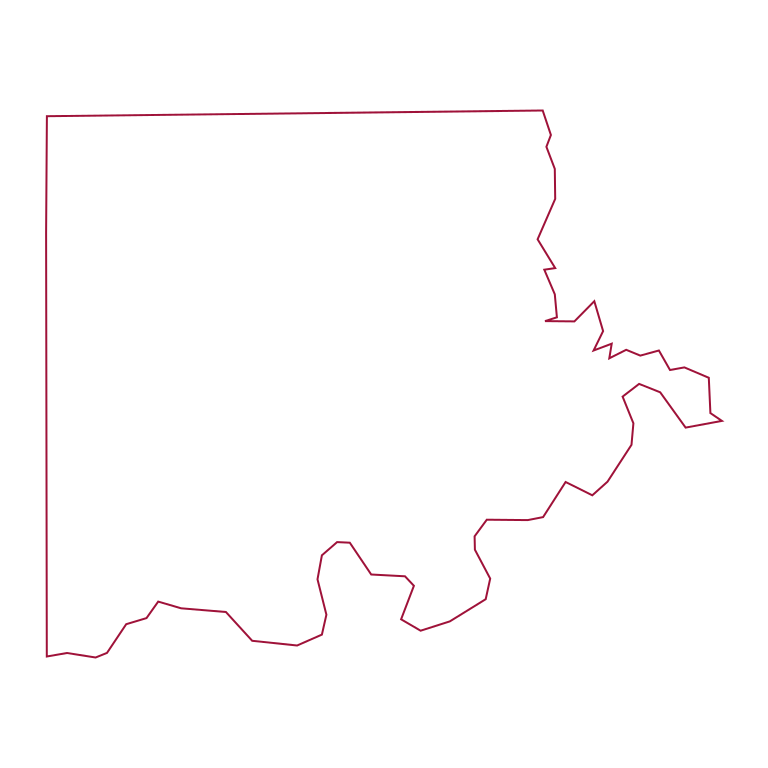 the district of Carroll, Missouri, United States of America
{"feature_id": "52423323B35282580244163", "entity_name": "Carroll", "entity_type": "district", "adm_level": 2, "iso_a3": "USA", "parent_name": "United States of America", "parent_adm1": "Missouri", "projection": "mercator", "projection_center": [-93.364, 39.411], "detail": "fine", "context": "isolated", "style": "outline", "palette": "rose", "viewbox_px": 768, "rotation_deg": 0, "n_neighbors": 0, "source": "geoboundaries", "source_scale": "gbopen_adm2", "svg_char_len": 925}
<svg xmlns="http://www.w3.org/2000/svg" viewBox="0 0 768 768"><path d="M46.9,116.2L46.1,232.5L46.8,656.5L67.0,653.0L95.6,657.5L107.0,652.9L126.2,624.2L146.5,618.1L158.2,601.6L181.1,608.3L225.9,612.0L252.2,640.8L297.1,645.5L321.9,634.6L326.4,614.7L317.5,579.3L321.9,555.3L337.1,542.1L349.8,542.7L371.2,574.5L405.0,576.3L413.9,585.8L401.1,619.3L420.6,630.7L449.8,621.4L485.7,599.2L490.2,578.6L474.9,549.7L474.6,536.3L486.8,519.7L527.7,520.1L543.1,517.1L565.6,482.0L592.3,495.3L607.5,481.7L631.5,444.8L633.4,423.3L622.6,396.6L639.1,383.9L660.2,392.3L685.6,427.6L721.9,420.9L710.4,413.1L708.8,377.8L684.4,367.4L670.0,370.0L658.9,350.5L640.3,355.6L626.2,349.8L609.3,358.3L611.7,343.7L593.6,350.5L603.1,331.1L594.3,301.2L574.4,321.4L545.0,321.1L556.9,317.3L554.8,294.3L544.3,269.7L555.2,268.1L537.6,239.3L555.2,198.9L554.8,168.9L546.4,146.8L550.9,135.0L542.7,110.5L46.9,116.2Z" fill="none" stroke="#9f1239" stroke-width="2"/></svg>